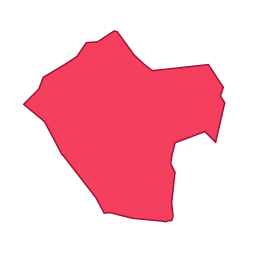 the district of Taishir, Govi-Altay, Mongolia, rotated 262°
{"feature_id": "93677404B52010246121737", "entity_name": "Taishir", "entity_type": "district", "adm_level": 2, "iso_a3": "MNG", "parent_name": "Mongolia", "parent_adm1": "Govi-Altay", "projection": "mercator", "projection_center": [96.271, 46.587], "detail": "fine", "context": "isolated", "style": "filled", "palette": "rose", "viewbox_px": 256, "rotation_deg": 262, "n_neighbors": 0, "source": "geoboundaries", "source_scale": "gbopen_adm2", "svg_char_len": 819}
<svg xmlns="http://www.w3.org/2000/svg" viewBox="0 0 256 256"><g transform="rotate(262 128 128)"><path d="M109.6,60.1L63.3,86.6L47.0,92.5L46.8,98.2L38.0,119.7L31.0,149.2L31.0,149.8L30.7,150.2L30.5,150.6L30.2,151.0L30.0,151.9L30.0,152.4L30.0,152.7L30.0,153.0L30.1,153.3L30.2,153.6L30.3,154.0L30.5,154.4L30.5,155.0L30.5,155.6L30.4,156.1L30.4,156.5L30.4,157.0L30.3,157.6L30.3,158.0L30.2,158.4L34.6,160.4L47.9,160.8L77.7,168.4L86.7,165.4L94.9,167.7L106.8,172.6L113.8,203.6L101.6,212.8L139.5,227.3L146.7,224.0L155.0,228.0L179.6,216.5L181.4,160.0L188.5,153.1L199.3,144.3L224.8,130.8L226.0,127.8L217.6,109.9L218.3,98.6L205.9,87.4L199.0,72.6L190.0,51.1L179.0,45.1L166.0,28.0L146.0,46.2L110.7,59.0L110.4,59.4L110.2,59.7L110.2,59.8L109.9,59.9L109.8,60.0L109.6,60.1Z" fill="#f43f5e" stroke="#9f1239" stroke-width="1.5"/></g></svg>